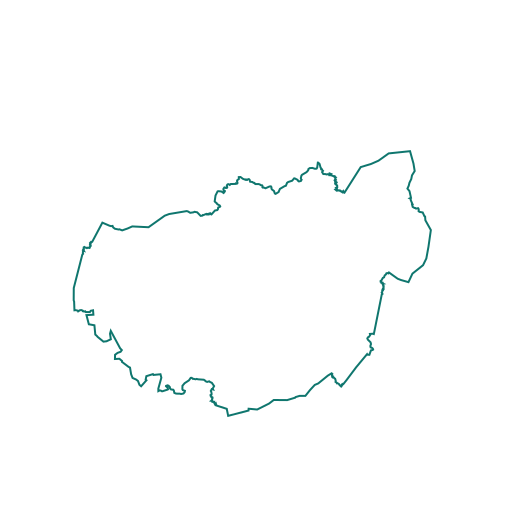 outline of Zosēnu pag., Jaunpiebalgas, Latvia, rotated 303°
{"feature_id": "27541924B99380513765752", "entity_name": "Zosēnu pag.", "entity_type": "district", "adm_level": 2, "iso_a3": "LVA", "parent_name": "Latvia", "parent_adm1": "Jaunpiebalgas", "projection": "albers", "projection_center": [25.837, 57.169], "detail": "fine", "context": "isolated", "style": "outline", "palette": "teal", "viewbox_px": 512, "rotation_deg": 303, "n_neighbors": 0, "source": "geoboundaries", "source_scale": "gbopen_adm2", "svg_char_len": 6114}
<svg xmlns="http://www.w3.org/2000/svg" viewBox="0 0 512 512"><g transform="rotate(303 256 256)"><path d="M165.6,373.6L172.9,374.3L179.9,375.5L183.0,377.6L194.8,381.4L198.8,383.3L198.7,384.2L197.5,384.5L196.7,385.2L196.9,385.9L196.0,386.0L195.9,386.4L196.4,386.7L196.5,387.6L196.1,388.2L196.2,389.2L194.9,390.7L193.7,391.3L193.8,392.2L193.3,393.2L193.7,393.5L193.8,395.3L193.3,396.3L193.0,398.0L194.2,398.0L193.8,398.6L196.0,398.5L196.1,399.0L201.1,399.5L217.3,400.6L234.2,402.6L233.9,403.2L234.9,404.9L239.4,403.8L240.6,404.9L241.3,405.2L241.9,404.5L242.1,403.7L242.1,403.0L241.8,401.9L242.8,400.9L244.8,400.4L246.0,399.1L246.8,395.3L247.6,394.2L249.2,394.3L249.8,394.8L251.9,394.8L252.7,394.0L254.5,396.4L254.7,397.3L257.6,396.2L292.3,382.4L293.1,382.7L293.9,381.3L294.7,381.4L295.8,380.7L296.1,380.9L296.3,380.5L296.7,380.6L296.6,381.1L297.8,381.1L298.1,380.8L297.9,380.7L297.9,380.2L299.2,380.1L300.2,379.0L300.5,379.2L301.5,377.3L302.0,377.8L301.9,377.1L302.3,376.9L302.1,376.7L302.3,376.2L301.9,376.1L301.8,375.7L302.4,375.3L302.3,374.5L303.0,374.1L303.6,374.5L306.7,374.3L307.9,375.0L309.8,374.5L311.3,375.0L312.5,374.8L313.2,375.4L313.5,376.5L314.6,376.5L314.1,387.2L314.8,390.6L317.1,398.1L326.4,396.8L339.3,401.1L346.7,400.2L357.7,395.6L373.0,388.5L378.2,378.6L381.2,376.3L381.1,375.6L383.3,372.1L382.1,369.2L382.1,368.0L383.4,367.3L384.2,366.5L384.4,365.9L382.9,364.4L383.0,363.5L382.6,362.7L382.5,360.7L384.2,358.8L384.6,359.2L387.1,355.4L388.2,354.6L388.1,353.6L389.2,354.3L394.0,349.4L395.0,346.3L398.2,345.8L401.0,344.8L405.1,344.3L408.6,342.9L413.7,342.8L419.3,337.7L427.8,328.1L414.3,311.4L402.6,306.8L395.9,302.4L387.6,295.4L357.3,295.7L357.3,295.0L357.6,294.5L356.9,294.7L356.5,294.3L356.5,293.1L357.1,292.9L356.4,291.7L356.7,290.7L356.2,290.3L356.3,290.0L356.0,289.7L355.9,289.1L354.9,288.4L355.1,288.0L354.8,287.6L355.0,286.3L356.5,287.2L356.9,286.9L357.0,286.1L357.9,286.7L359.4,285.6L359.5,283.5L359.8,282.9L360.4,282.7L361.1,283.6L361.7,283.6L361.8,283.2L361.3,282.0L362.1,281.3L362.3,280.7L362.7,280.7L363.0,281.5L363.4,281.6L363.9,280.4L364.8,280.2L364.9,279.6L365.4,279.9L365.5,279.2L365.8,278.8L365.8,278.4L365.2,277.6L364.6,275.0L364.2,274.3L365.7,274.5L365.3,272.6L363.9,272.8L363.6,271.5L362.7,270.6L362.6,269.8L361.4,267.8L362.4,265.7L363.9,265.8L364.2,264.5L364.6,264.2L364.2,263.4L365.1,262.7L365.3,262.0L367.8,259.2L368.2,257.4L368.0,257.0L363.4,259.2L362.2,259.2L361.2,257.8L360.6,255.4L359.0,253.2L357.5,252.6L356.2,253.1L353.8,252.7L349.2,250.4L348.2,250.3L345.7,251.2L345.1,251.8L344.8,252.7L343.4,252.8L341.9,251.4L342.0,250.1L342.5,249.4L342.2,246.3L341.9,245.7L338.8,245.3L335.6,242.7L334.3,242.2L331.2,242.8L330.1,241.9L325.3,239.5L321.9,240.1L318.8,238.6L318.7,237.7L320.3,235.7L320.5,233.1L320.9,232.3L322.1,231.5L322.5,230.5L321.6,229.4L318.0,227.1L317.6,225.1L317.1,224.6L317.1,224.0L318.2,223.4L318.6,222.7L318.0,221.4L318.1,220.4L317.8,219.1L316.0,216.3L316.1,215.5L316.4,215.1L316.4,214.6L316.0,214.1L316.1,212.7L315.1,210.6L316.4,209.2L316.6,208.1L316.0,207.5L315.2,207.2L315.0,206.6L314.8,206.8L314.3,206.1L313.6,203.0L313.8,200.0L312.8,198.6L311.2,199.7L309.4,199.0L308.6,199.2L307.2,200.7L306.6,200.8L305.9,200.2L305.9,199.5L305.2,199.4L302.5,195.5L301.3,195.3L301.3,194.1L301.1,193.5L300.3,193.1L299.3,193.1L297.9,194.5L297.3,194.5L296.6,193.7L296.6,192.5L296.2,192.1L294.6,192.1L293.7,192.7L293.4,193.4L293.6,194.4L293.2,194.7L291.2,194.5L291.2,194.0L291.4,193.8L291.2,191.7L289.9,189.2L289.3,188.6L284.7,189.1L279.3,191.6L278.9,193.1L279.0,193.9L278.4,195.3L278.6,198.1L278.1,199.0L277.7,199.0L276.0,197.9L274.4,198.6L273.4,198.5L271.8,196.8L266.6,196.0L266.5,195.6L266.8,195.4L266.9,194.2L265.4,193.9L265.5,193.3L264.7,193.1L264.9,192.6L264.5,191.8L264.0,191.7L264.1,191.3L261.5,189.5L261.4,189.1L260.6,189.0L259.5,187.7L260.6,182.9L259.6,180.4L258.5,179.7L256.4,177.3L256.3,174.6L255.9,173.4L243.9,160.3L240.1,157.5L221.6,150.2L213.4,136.1L209.1,133.3L204.6,129.8L204.0,126.9L203.4,126.4L202.0,122.8L202.2,120.6L203.1,119.3L202.1,118.2L201.6,116.6L200.3,109.0L178.8,110.9L178.3,110.7L178.1,110.0L176.5,109.7L176.3,110.0L176.6,110.4L176.3,110.7L175.3,110.4L175.1,110.5L175.2,110.8L174.6,111.2L174.7,111.7L174.5,111.9L173.3,111.6L172.5,112.1L172.1,112.0L172.0,111.3L171.4,110.8L171.3,110.3L170.5,109.9L170.5,109.1L170.1,108.4L170.1,107.1L169.4,106.8L168.4,107.5L167.5,107.5L167.5,108.1L167.0,108.2L166.6,108.9L166.4,108.1L166.0,108.0L165.5,108.6L164.2,109.1L163.7,109.8L162.5,109.6L129.9,120.6L119.6,127.2L118.7,128.3L111.6,133.3L112.3,134.1L113.1,136.3L112.7,137.0L114.7,137.9L115.6,139.2L115.8,140.6L115.4,140.9L115.9,142.3L116.6,142.8L116.3,143.8L118.5,147.2L120.0,147.2L121.7,148.9L118.2,151.6L114.1,146.0L107.7,153.0L109.9,158.2L102.6,164.0L102.3,166.0L101.9,167.3L101.1,174.7L103.1,177.1L107.1,179.6L111.3,175.9L114.1,175.0L104.6,192.3L104.0,194.7L101.9,194.6L99.4,192.7L96.4,191.6L92.8,193.8L95.4,197.4L95.0,200.8L94.2,201.3L93.6,209.5L93.8,211.1L88.8,215.7L86.5,218.9L87.1,222.7L86.9,225.1L84.5,228.4L84.2,230.6L92.1,231.8L92.2,230.8L95.5,229.5L100.8,233.9L100.4,234.8L104.8,240.3L102.4,242.9L91.6,246.3L89.5,247.7L90.9,248.5L91.3,249.7L91.3,250.7L91.6,251.2L95.9,254.7L96.3,254.8L97.4,253.7L97.8,251.4L98.1,251.3L99.4,252.3L99.6,253.4L99.3,254.4L99.1,255.2L98.1,256.0L97.8,257.4L98.8,259.5L98.3,260.5L96.7,262.1L97.1,264.0L99.0,267.0L99.5,268.4L101.2,270.1L103.1,270.3L104.2,269.8L103.7,267.6L104.2,266.8L107.1,265.0L110.4,265.4L115.2,267.5L118.2,267.6L118.8,268.4L118.6,270.1L118.9,270.3L119.7,272.5L120.6,273.2L121.0,274.5L123.8,279.6L123.8,281.1L123.5,281.9L123.8,283.6L125.4,285.0L125.3,286.1L125.6,288.0L124.1,291.7L121.2,291.9L120.7,292.7L120.3,291.4L118.2,291.6L117.7,292.5L116.3,293.8L115.5,294.2L114.6,293.6L114.0,294.1L113.7,295.2L113.7,296.1L113.2,295.9L112.9,297.0L111.5,297.3L111.3,297.7L110.1,297.3L110.5,298.4L109.9,298.9L110.8,300.2L110.4,300.3L109.6,301.8L110.7,302.3L110.2,302.9L109.7,302.7L109.6,303.1L109.2,302.8L108.8,303.3L111.9,314.7L106.8,319.7L122.3,333.9L123.9,333.0L127.9,340.6L139.3,347.3L144.9,349.3L152.1,360.6L158.5,366.0L159.2,366.0L162.5,368.8L165.6,373.6Z" fill="none" stroke="#0f766e" stroke-width="2"/></g></svg>